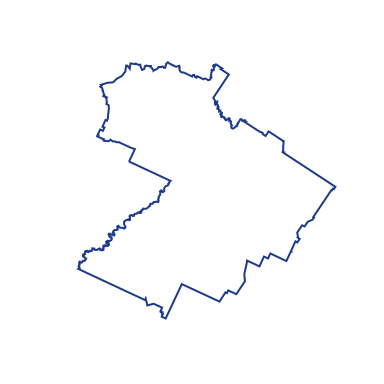 outline of Greater Bendigo, Victoria, Australia, rotated 205°
{"feature_id": "25037944B4073485904680", "entity_name": "Greater Bendigo", "entity_type": "district", "adm_level": 2, "iso_a3": "AUS", "parent_name": "Australia", "parent_adm1": "Victoria", "projection": "robinson", "projection_center": [144.51, -36.723], "detail": "fine", "context": "isolated", "style": "outline", "palette": "blue", "viewbox_px": 384, "rotation_deg": 205, "n_neighbors": 0, "source": "geoboundaries", "source_scale": "gbopen_adm2", "svg_char_len": 6069}
<svg xmlns="http://www.w3.org/2000/svg" viewBox="0 0 384 384"><g transform="rotate(205 192 192)"><path d="M162.4,66.2L162.3,104.2L120.8,104.3L119.2,115.1L117.6,115.1L117.6,118.1L108.7,118.1L106.3,133.4L109.9,139.7L112.2,150.3L113.1,153.1L99.4,153.1L99.5,163.9L95.0,163.9L95.0,169.4L77.3,169.3L77.3,180.3L77.0,180.3L77.3,180.6L77.4,191.0L75.3,190.7L74.6,195.0L77.2,195.4L77.1,196.4L79.5,199.6L78.2,208.3L75.4,208.4L74.5,213.9L71.0,217.9L70.6,220.3L71.5,220.4L66.5,252.6L65.9,252.6L65.6,254.7L64.7,254.6L64.2,257.3L125.0,266.1L125.1,266.9L126.7,266.4L127.4,269.6L128.7,271.9L129.3,274.0L130.5,276.9L131.2,276.6L131.3,276.8L148.2,279.3L149.0,273.9L152.5,274.4L152.9,275.4L153.9,275.5L156.0,275.2L173.5,277.7L173.0,278.6L173.6,278.5L174.2,279.4L174.8,279.3L175.0,278.7L175.7,277.7L176.8,277.9L177.2,278.7L178.5,278.7L178.9,278.4L179.0,277.7L179.0,275.6L179.6,274.3L179.2,273.4L179.7,272.9L179.0,271.2L180.0,270.2L180.0,269.1L180.4,268.9L181.3,267.1L182.1,266.6L183.4,266.8L184.2,268.2L183.9,269.2L184.9,269.5L185.7,270.2L185.7,270.7L186.4,271.3L186.4,272.4L187.7,272.8L188.3,272.3L188.9,274.5L189.5,274.6L190.1,274.1L190.0,273.5L190.8,272.7L190.8,272.1L191.5,271.3L192.8,271.9L192.7,272.4L193.3,272.8L193.8,273.1L194.6,272.8L195.0,273.4L195.8,273.3L196.5,273.5L197.0,272.3L197.3,272.5L197.6,273.8L198.0,273.7L198.4,274.3L199.2,274.4L199.2,274.7L198.2,275.4L198.1,276.0L198.3,276.4L199.9,276.7L200.2,277.2L200.8,277.5L201.5,276.5L202.3,278.3L204.0,278.2L203.9,278.5L204.4,278.9L203.9,279.8L204.6,280.2L204.4,280.7L204.9,280.8L205.2,281.7L207.1,282.5L207.0,283.4L207.3,284.7L207.9,284.3L208.8,283.0L207.5,281.4L207.5,281.0L207.9,281.0L208.7,282.1L209.9,284.6L212.5,286.3L208.3,314.1L218.0,315.5L217.0,316.8L222.8,317.6L223.1,317.8L224.3,317.8L224.7,316.5L225.9,316.4L226.2,315.5L226.1,315.0L225.8,314.8L224.4,315.0L224.5,312.9L223.8,311.5L224.7,311.0L225.7,311.1L225.8,310.8L225.0,310.1L225.1,308.6L224.6,308.1L224.2,305.8L223.0,304.5L223.7,303.8L223.6,303.4L222.9,302.9L223.3,301.9L223.3,301.2L224.6,300.2L227.9,300.5L228.5,300.2L229.2,299.0L236.3,299.1L236.4,297.4L238.1,297.7L239.5,299.0L240.5,298.4L240.6,296.8L250.1,296.8L251.4,296.1L253.3,296.2L254.9,297.3L255.3,298.6L255.9,298.9L256.0,300.0L257.0,301.0L259.0,299.0L260.7,298.5L261.7,298.9L262.6,298.9L263.0,298.5L264.5,298.9L267.2,298.9L268.7,299.4L269.6,297.4L269.3,297.0L269.2,296.0L269.4,295.3L268.7,293.3L269.7,292.8L271.0,293.2L271.9,293.2L272.6,292.3L275.2,291.1L275.2,289.9L275.9,288.4L277.1,287.2L278.0,285.9L278.1,286.4L279.2,286.4L280.7,287.4L283.0,287.9L282.8,288.7L286.9,286.9L287.1,287.1L287.9,286.1L287.6,285.2L287.3,283.3L288.8,281.5L291.9,284.2L292.7,285.5L294.2,284.6L297.2,284.6L297.2,284.0L302.1,282.5L300.5,277.4L303.9,279.2L305.1,278.8L303.3,272.7L303.6,272.2L304.5,267.7L308.3,262.4L309.3,259.3L310.1,257.9L314.7,255.3L319.8,250.7L318.9,250.4L319.6,248.7L318.6,248.4L318.3,248.7L317.6,248.4L315.5,246.2L315.8,245.9L312.6,243.0L312.9,242.9L312.9,241.4L309.9,241.5L309.5,241.9L309.2,241.7L309.8,241.0L309.0,240.4L307.0,237.0L306.7,235.6L304.4,235.6L302.8,232.9L299.3,222.8L299.2,220.7L300.8,220.7L300.7,213.3L298.6,213.5L298.6,209.8L301.6,209.8L301.7,205.1L300.9,204.4L301.7,203.8L301.6,202.4L295.6,202.4L294.4,202.6L294.6,201.9L294.2,201.9L293.1,201.1L291.8,202.0L290.1,202.2L289.4,202.7L288.5,203.5L287.9,205.0L285.0,204.3L284.1,205.0L283.0,205.3L281.3,205.2L279.5,206.2L265.9,206.3L261.9,206.8L261.9,193.1L262.2,193.0L216.2,193.0L216.8,191.8L216.5,190.7L216.8,190.5L217.0,189.4L216.4,188.8L216.7,187.8L218.2,186.1L218.8,184.3L218.3,182.5L217.5,181.0L218.3,179.7L218.7,179.5L220.3,180.0L220.2,180.5L220.6,180.5L221.3,179.0L220.4,178.1L219.8,175.8L220.2,173.2L219.4,172.5L219.6,171.7L219.5,170.8L218.4,169.8L218.5,168.5L220.2,168.3L221.0,167.4L222.2,166.9L222.7,166.2L222.4,165.7L222.7,164.7L224.7,163.7L224.7,162.6L224.1,161.8L224.7,161.3L225.7,158.4L226.2,157.8L228.0,156.6L229.2,156.4L229.3,155.9L229.0,155.3L230.3,154.0L230.2,153.1L229.3,152.5L229.4,151.7L229.7,151.2L230.2,151.0L230.7,151.5L231.2,151.6L231.4,151.0L232.3,150.7L232.6,150.2L232.3,149.8L232.6,149.2L233.7,148.7L235.0,147.3L234.5,146.0L235.7,145.1L236.8,145.7L237.3,145.6L238.3,144.3L238.3,143.5L237.4,142.7L236.9,141.2L236.4,140.5L237.0,139.9L238.2,140.3L238.6,139.5L239.2,139.3L239.3,138.9L240.0,138.4L241.0,136.7L240.5,136.0L240.5,135.1L240.3,134.7L239.5,133.7L237.5,132.3L237.6,130.6L238.3,130.2L238.7,130.5L242.1,129.3L243.4,129.4L244.3,130.3L244.8,129.8L245.2,129.0L245.0,128.7L244.1,128.5L244.3,127.6L243.5,126.4L244.9,125.3L246.0,125.0L246.8,123.1L246.5,122.7L246.6,121.8L245.8,122.1L245.5,121.2L244.5,121.1L244.1,120.3L244.1,119.8L245.7,119.7L247.3,119.1L247.7,118.6L248.2,119.2L248.9,119.5L249.6,119.2L249.7,118.2L248.2,117.1L248.0,116.6L247.0,116.4L246.4,116.8L246.0,116.4L245.5,116.7L244.7,115.2L245.0,113.9L245.5,113.6L245.7,113.0L247.0,112.2L247.7,112.3L248.8,110.7L248.1,109.6L247.6,109.9L246.6,109.8L246.6,110.6L246.2,110.7L245.4,109.6L246.0,108.8L245.4,108.9L245.0,108.7L245.5,107.7L247.1,106.8L247.2,106.4L247.7,106.3L248.1,107.0L248.8,106.8L249.0,106.2L249.6,106.0L249.4,105.3L248.9,105.1L249.0,104.6L248.6,104.1L248.9,103.3L248.2,103.2L248.2,102.5L247.9,102.0L248.5,101.7L248.9,101.0L249.5,100.8L250.0,101.1L250.6,100.7L251.4,101.8L252.0,101.8L252.2,101.2L252.7,100.9L253.7,99.3L254.9,98.7L255.5,98.7L255.9,98.4L256.5,98.7L256.7,99.4L258.5,98.8L258.1,98.2L258.2,97.4L258.0,96.2L258.7,95.9L259.1,95.3L259.8,95.5L260.5,93.7L261.1,93.6L261.8,94.5L262.5,94.2L262.3,93.6L263.3,93.5L263.7,93.0L263.7,92.3L263.2,91.8L263.1,91.0L262.7,90.6L263.2,90.1L263.2,89.5L263.9,89.7L264.3,89.3L263.8,87.8L263.4,87.4L262.6,87.7L261.6,87.2L261.1,87.3L260.5,86.5L260.0,86.9L259.7,86.8L260.0,84.9L260.4,84.0L261.5,83.9L262.0,83.3L262.1,82.5L261.8,82.2L261.9,81.8L263.1,80.7L264.3,81.5L264.5,81.2L263.9,78.9L263.1,78.5L263.3,78.0L262.7,76.5L262.9,76.4L261.7,75.7L262.6,74.2L189.0,74.2L189.0,75.9L184.5,70.3L179.6,74.5L170.2,74.6L170.2,71.3L169.9,71.3L169.9,70.1L169.3,69.9L168.1,70.5L167.8,69.5L167.0,69.6L167.0,69.2L167.6,68.9L167.6,68.7L166.8,68.5L166.8,66.2L162.4,66.2Z" fill="none" stroke="#1e3a8a" stroke-width="2"/></g></svg>